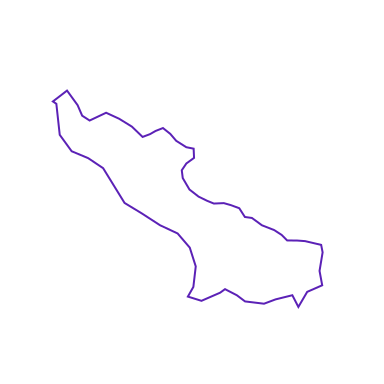 Ortakioï, Cyprus, rotated 324°
{"feature_id": "46923920B2976518119869", "entity_name": "Ortakioï", "entity_type": "district", "adm_level": 2, "iso_a3": "CYP", "parent_name": "Cyprus", "parent_adm1": "", "projection": "equal_earth", "projection_center": [33.334, 35.209], "detail": "fine", "context": "isolated", "style": "outline", "palette": "violet", "viewbox_px": 384, "rotation_deg": 324, "n_neighbors": 0, "source": "geoboundaries", "source_scale": "gbopen_adm2", "svg_char_len": 935}
<svg xmlns="http://www.w3.org/2000/svg" viewBox="0 0 384 384"><g transform="rotate(324 192 192)"><path d="M127.2,274.2L135.7,285.6L155.6,290.0L161.6,290.0L167.6,301.9L170.6,311.7L184.6,324.7L196.5,328.0L212.5,334.5L210.5,347.5L226.5,340.5L242.5,344.0L248.8,330.8L255.6,324.1L262.2,317.6L265.4,310.7L254.6,298.2L248.8,293.3L240.5,287.1L239.3,279.4L236.1,271.1L229.0,260.0L225.2,248.2L220.1,243.3L220.7,232.9L215.6,225.3L211.2,219.7L202.9,214.2L199.0,207.9L194.6,199.6L191.4,188.5L192.7,175.3L196.5,168.4L204.2,165.6L213.7,165.6L218.8,157.9L213.7,152.4L209.3,141.3L208.6,132.3L206.1,123.2L198.4,121.2L192.0,120.5L184.4,118.4L181.8,103.8L176.1,89.9L169.1,77.4L151.2,74.0L148.0,65.7L150.5,54.5L150.5,46.9L150.5,36.5L132.7,37.0L134.1,40.9L118.6,68.0L118.6,88.3L127.9,103.6L134.1,120.5L131.0,161.2L138.8,179.8L146.6,200.1L156.0,217.1L157.5,235.7L151.3,254.4L137.3,269.6L127.2,274.2Z" fill="none" stroke="#5b21b6" stroke-width="2"/></g></svg>